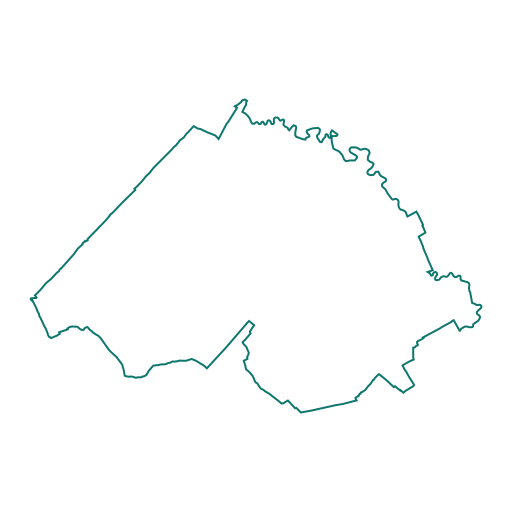 the district of Raducaneni, Iasi, Romania
{"feature_id": "2599482B23312224684372", "entity_name": "Raducaneni", "entity_type": "district", "adm_level": 2, "iso_a3": "ROU", "parent_name": "Romania", "parent_adm1": "Iasi", "projection": "orthographic", "projection_center": [27.975, 46.968], "detail": "fine", "context": "isolated", "style": "outline", "palette": "teal", "viewbox_px": 512, "rotation_deg": 0, "n_neighbors": 0, "source": "geoboundaries", "source_scale": "gbopen_adm2", "svg_char_len": 6064}
<svg xmlns="http://www.w3.org/2000/svg" viewBox="0 0 512 512"><path d="M365.1,390.1L368.7,385.5L369.2,385.3L370.7,383.6L373.2,379.9L373.7,379.8L375.0,377.9L378.5,374.4L379.1,374.2L386.5,380.2L393.8,387.1L395.0,386.2L400.3,390.6L400.6,390.2L403.3,392.7L406.1,390.5L413.5,386.0L414.0,385.0L413.9,384.5L409.0,376.8L406.4,372.1L404.2,368.8L402.6,365.3L408.9,361.7L413.7,359.5L413.2,357.0L413.2,347.7L414.9,347.3L416.1,345.9L417.7,345.3L417.8,344.6L417.1,343.0L417.0,342.1L418.0,341.1L422.3,339.0L423.5,338.0L422.9,337.5L439.9,328.4L442.0,327.0L451.4,321.9L452.3,320.8L453.7,320.2L459.6,330.7L460.0,330.7L460.1,330.2L461.4,328.6L464.8,326.6L466.3,326.5L470.2,327.3L472.4,327.1L473.1,326.3L473.2,324.4L473.5,324.0L478.2,320.8L479.7,318.4L480.0,317.6L479.7,316.1L479.3,315.5L477.6,314.4L476.9,313.4L476.8,312.8L476.9,312.1L478.0,310.6L480.9,308.1L481.3,307.5L481.3,306.0L480.9,305.4L479.9,304.8L476.6,305.0L474.2,303.5L472.4,303.2L472.1,302.8L470.2,292.3L469.5,291.1L469.3,290.3L469.0,288.2L469.4,284.9L469.0,283.3L467.6,282.2L461.2,280.4L460.5,279.1L460.6,276.8L460.0,275.8L458.4,275.7L456.4,277.1L454.7,277.0L453.3,275.7L452.2,273.7L451.2,272.9L450.6,272.9L449.8,273.3L448.7,275.1L447.1,276.7L446.2,276.8L443.5,276.2L442.5,276.5L441.0,277.4L439.2,279.6L437.0,280.2L435.6,279.9L435.2,279.2L435.0,278.4L435.4,277.3L437.2,274.4L437.1,273.5L436.5,272.6L435.6,272.0L434.0,272.4L433.4,273.0L432.6,275.2L431.6,275.7L431.0,275.4L430.1,273.5L427.7,272.0L432.7,270.2L427.9,259.4L427.0,256.7L424.3,250.7L423.2,247.7L423.2,247.2L420.7,240.8L418.7,237.0L418.7,236.6L425.3,232.7L425.4,232.4L422.4,225.6L423.0,225.1L422.9,224.6L417.9,214.2L416.4,211.6L407.5,216.5L407.1,215.8L405.8,212.3L405.1,211.4L402.5,210.0L400.8,209.6L399.9,208.9L398.8,207.2L398.3,204.3L398.6,202.3L398.5,201.2L397.8,199.9L397.0,199.2L395.3,198.9L393.3,199.5L392.6,199.5L391.8,199.0L387.8,193.7L385.4,189.3L382.9,187.2L382.1,186.2L381.9,185.2L382.0,184.4L383.3,182.8L385.5,181.4L386.1,180.6L386.1,179.5L385.6,178.7L384.5,177.9L381.2,176.2L380.3,175.3L378.3,171.7L376.2,171.8L375.4,172.4L374.1,174.3L373.0,175.0L369.9,175.1L368.1,174.2L367.5,173.2L367.4,172.3L367.8,171.1L368.3,170.2L371.5,167.9L372.5,166.6L373.3,164.6L373.4,163.6L372.3,162.6L370.5,162.0L368.2,160.3L367.8,159.5L367.9,157.0L368.4,155.6L369.5,153.6L369.6,152.7L368.8,150.7L368.0,149.9L366.2,149.0L364.6,148.7L361.0,149.7L360.2,149.7L357.7,148.1L355.9,147.4L351.3,147.4L350.3,148.2L349.6,149.2L349.6,150.8L350.6,152.4L356.4,155.8L357.0,156.8L356.7,158.2L354.7,160.5L350.9,160.4L346.2,161.1L345.4,160.8L344.2,159.6L342.4,155.3L339.7,152.0L337.7,150.6L336.3,150.2L333.4,148.5L331.8,142.0L331.6,137.6L332.3,136.1L336.4,136.0L337.2,135.3L337.5,134.4L332.0,130.4L330.8,132.1L330.6,133.4L330.9,136.4L330.1,137.9L328.7,137.4L327.7,134.8L326.7,134.2L326.0,134.4L325.5,134.9L325.5,136.2L325.1,137.1L323.3,138.9L321.6,142.2L320.1,142.0L317.5,138.0L317.0,136.6L317.0,135.8L317.4,135.1L319.0,133.7L319.9,130.8L319.8,129.3L319.4,128.8L318.0,127.9L312.5,128.4L307.2,130.3L306.7,131.3L306.7,131.9L307.5,133.5L309.1,135.0L309.4,136.2L308.6,137.0L306.5,137.6L305.6,138.5L305.3,139.6L303.0,139.2L296.2,136.8L295.3,135.2L295.2,133.5L295.6,130.5L296.2,127.9L295.9,126.4L295.4,126.0L293.7,125.3L292.5,126.3L289.2,130.3L288.2,129.2L287.5,127.7L284.8,126.4L283.5,124.9L283.4,124.2L284.2,121.0L284.0,120.1L283.4,119.6L282.7,119.6L280.8,120.6L280.1,120.5L279.1,119.5L278.5,118.3L277.4,117.5L275.4,117.5L274.2,118.3L273.8,119.2L274.0,122.5L273.8,123.2L273.5,123.8L272.7,124.2L271.4,123.8L270.3,121.1L269.0,120.3L268.3,120.4L267.6,121.0L266.6,123.8L265.4,124.7L264.5,124.4L263.3,122.0L262.7,121.7L261.8,122.0L260.8,123.6L260.2,124.1L259.0,124.0L258.0,122.7L257.1,122.1L255.7,122.5L254.4,123.7L252.7,123.7L252.1,123.5L251.3,122.3L249.6,118.3L247.9,116.0L245.4,113.6L242.4,111.9L244.2,107.9L246.0,104.9L246.2,104.0L246.2,102.0L247.0,100.9L244.9,99.5L242.4,100.2L240.7,102.4L239.6,103.3L236.5,105.6L235.4,105.8L234.8,106.3L237.0,107.9L228.3,121.8L226.5,124.0L218.6,139.0L215.4,135.5L207.1,132.2L200.4,129.0L197.6,128.5L193.7,126.1L188.1,132.3L186.8,133.3L183.8,137.4L179.4,140.8L178.9,141.9L175.6,145.7L173.7,147.2L171.2,150.1L153.3,168.1L149.7,172.8L145.9,176.4L141.7,181.6L136.3,187.1L134.4,188.7L135.3,189.9L122.0,202.9L113.1,212.3L109.6,215.2L109.7,215.8L104.5,221.7L87.5,239.2L87.7,240.2L85.7,241.4L85.1,240.9L83.7,242.4L82.7,243.1L82.3,244.0L82.6,244.2L82.5,244.4L77.9,248.5L73.5,254.6L61.4,268.1L60.0,269.3L58.7,271.4L57.0,272.6L50.9,279.1L46.0,283.2L40.4,289.9L37.0,293.4L34.9,295.3L36.3,297.2L36.5,297.7L36.3,298.0L31.7,298.2L31.0,298.3L30.7,298.8L31.4,300.4L32.3,300.2L35.9,307.2L37.8,311.9L38.9,313.7L39.4,316.2L40.6,318.1L44.0,325.5L46.0,329.1L47.5,333.0L47.9,334.7L49.0,336.8L49.8,337.0L51.0,338.1L57.0,335.6L59.8,333.8L59.1,332.3L67.7,329.4L67.4,328.5L69.9,327.0L71.8,326.5L77.0,326.7L78.2,327.4L79.8,328.9L81.7,329.9L82.9,330.0L83.9,329.6L84.7,328.1L86.9,327.1L87.6,327.1L89.6,329.6L92.0,331.4L93.2,332.8L93.9,333.0L95.1,334.0L98.3,335.8L100.3,337.7L109.0,349.9L111.3,352.3L116.6,357.1L122.2,364.6L123.9,370.8L124.6,375.3L124.9,375.8L125.9,376.2L128.7,376.7L131.6,376.5L136.0,377.8L137.6,377.3L141.3,377.3L142.9,376.4L144.1,376.3L146.5,374.9L148.8,370.8L153.3,365.6L158.9,365.0L160.4,364.5L166.0,364.2L167.9,363.1L170.2,362.7L172.4,361.5L174.5,361.6L177.7,361.2L179.4,360.6L185.8,360.8L191.7,359.0L195.9,360.7L201.8,364.3L204.7,366.2L206.9,368.3L226.6,346.9L247.4,322.7L249.1,321.0L254.0,325.1L254.1,325.4L252.2,327.9L250.1,331.4L249.9,332.2L250.6,333.4L245.1,339.8L242.6,342.2L242.6,342.6L243.8,344.3L246.4,347.0L248.8,352.8L248.4,354.5L247.1,357.1L247.4,358.9L243.8,360.8L245.6,366.6L245.6,367.5L246.2,369.4L249.2,371.9L252.6,375.9L253.7,378.1L254.6,380.5L255.2,381.9L256.0,382.7L257.1,383.1L259.9,387.4L260.9,388.6L263.8,390.1L264.8,391.1L269.5,393.9L279.3,401.6L281.4,403.5L283.0,403.4L287.9,400.5L295.2,408.3L296.3,407.9L300.9,412.5L311.7,410.5L335.9,405.1L342.4,404.1L356.6,400.4L355.4,398.3L355.4,398.0L358.0,396.0L358.5,396.2L359.3,394.2L359.6,393.9L360.3,393.9L361.0,392.4L361.6,392.4L365.1,390.1Z" fill="none" stroke="#0f766e" stroke-width="2"/></svg>